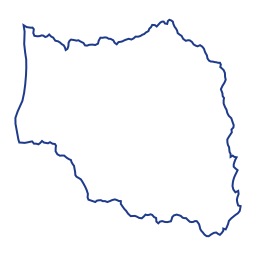 Bernardo Sayão, Tocantins, Brazil (Equal Earth projection)
{"feature_id": "56859067B43927919918993", "entity_name": "Bernardo Sayão", "entity_type": "district", "adm_level": 2, "iso_a3": "BRA", "parent_name": "Brazil", "parent_adm1": "Tocantins", "projection": "equal_earth", "projection_center": [-48.957, -7.99], "detail": "fine", "context": "isolated", "style": "outline", "palette": "blue", "viewbox_px": 256, "rotation_deg": 0, "n_neighbors": 0, "source": "geoboundaries", "source_scale": "gbopen_adm2", "svg_char_len": 3601}
<svg xmlns="http://www.w3.org/2000/svg" viewBox="0 0 256 256"><path d="M19.3,142.5L22.4,142.7L24.6,142.9L27.4,142.4L30.0,141.8L32.1,141.4L34.0,143.7L36.3,143.7L38.5,144.3L40.4,142.8L42.0,141.0L44.0,142.6L46.0,142.9L48.0,143.3L50.0,142.2L52.5,143.7L54.9,144.0L56.0,145.7L55.7,147.8L55.6,151.3L57.4,154.3L60.0,155.7L61.8,155.5L64.2,155.6L66.5,157.6L68.8,159.1L70.9,160.0L71.5,162.0L72.7,164.1L74.0,165.8L74.5,168.6L75.1,171.8L75.4,175.2L76.6,176.8L78.4,177.8L80.8,179.3L82.2,181.4L83.7,184.0L85.3,187.0L86.6,189.9L87.9,193.9L87.6,197.5L88.5,199.7L90.3,200.3L92.9,201.2L95.3,202.0L97.0,200.6L98.9,200.3L100.9,200.2L102.7,201.1L105.0,201.1L107.3,202.0L109.9,201.1L112.3,200.0L114.9,199.4L116.7,200.0L118.9,201.0L120.8,201.1L120.8,203.9L122.3,206.1L124.2,208.8L126.1,210.8L128.1,213.7L130.7,216.1L133.0,216.0L134.8,215.9L136.8,216.6L139.1,217.9L141.8,218.3L144.1,216.2L145.5,214.6L147.2,215.1L148.9,214.9L150.5,214.3L152.2,214.9L154.1,217.1L156.1,218.0L156.4,221.6L158.3,223.3L160.0,221.6L162.2,221.1L165.1,222.0L167.4,222.1L169.1,221.7L170.9,221.3L171.7,219.1L172.3,217.0L173.9,215.4L176.6,214.6L178.8,215.2L180.8,215.9L182.5,217.6L184.2,218.1L186.0,218.1L187.8,219.9L189.7,221.7L191.6,222.1L193.3,221.9L194.9,221.1L196.7,221.1L198.0,222.7L199.1,224.3L199.7,226.6L200.3,229.1L201.3,230.8L202.7,232.3L204.5,234.6L206.6,236.1L208.7,236.2L211.5,234.2L213.8,232.9L216.2,232.5L218.1,233.9L219.9,234.8L221.8,232.9L223.3,230.8L223.3,228.6L225.7,229.4L227.0,226.7L228.1,223.9L228.9,220.9L231.2,218.4L233.3,216.7L235.5,214.9L237.9,213.3L239.7,211.0L240.2,208.5L240.6,206.1L238.2,205.5L237.2,202.1L236.9,199.5L237.5,197.0L238.6,194.0L238.2,190.9L235.4,192.3L233.4,189.6L232.5,186.1L232.9,182.1L233.4,179.9L234.1,177.6L235.0,175.5L236.1,173.3L237.6,170.2L235.5,168.5L233.7,166.7L233.7,164.5L234.3,162.4L235.3,159.7L236.6,157.3L234.3,156.9L232.7,155.6L230.6,156.9L230.6,153.9L229.6,152.0L229.3,149.6L229.1,147.3L227.9,144.9L227.4,142.4L227.3,139.5L228.8,136.9L230.4,134.5L231.8,132.4L231.5,129.5L233.4,127.5L233.7,125.1L232.7,122.4L231.3,118.2L228.7,115.7L227.2,112.7L226.5,109.7L225.1,107.2L223.7,103.8L223.6,100.6L224.0,98.0L222.7,96.2L222.4,93.2L220.9,89.2L222.5,85.8L224.5,82.6L225.7,79.7L225.1,76.9L224.9,73.0L223.7,70.2L221.9,68.4L220.3,67.1L220.8,64.6L220.0,62.8L218.1,62.8L216.5,62.3L214.8,62.1L212.8,61.6L210.8,61.5L209.1,60.7L207.5,58.5L206.9,55.4L205.2,52.4L203.9,48.7L202.3,46.7L200.1,45.2L197.5,46.3L195.6,45.6L193.6,44.4L192.0,42.0L189.8,40.4L188.1,40.2L185.8,40.8L183.2,38.9L181.6,35.9L179.6,34.6L177.7,33.1L177.1,30.6L176.0,28.6L174.6,26.8L173.4,24.0L172.8,21.6L171.1,20.4L169.4,19.8L167.9,21.1L167.2,23.9L165.0,23.5L163.7,21.6L162.1,21.6L160.4,22.5L158.7,24.3L156.7,26.5L154.9,25.1L152.2,24.9L151.0,27.2L149.4,28.6L148.4,31.1L145.9,32.5L144.1,34.1L142.4,34.7L140.4,36.0L138.0,36.7L135.6,36.6L133.4,38.5L131.4,39.5L128.7,38.8L126.2,39.6L124.2,40.4L122.3,41.4L120.5,41.8L118.5,42.1L116.7,44.3L114.6,42.7L113.3,40.3L110.6,38.9L108.5,38.7L106.8,37.6L104.8,37.4L102.4,37.8L100.4,37.7L98.7,40.7L98.0,43.6L95.3,45.0L92.2,44.6L89.2,44.8L87.2,45.6L85.0,45.4L83.5,43.0L81.9,42.2L80.1,41.3L78.5,40.3L76.5,40.6L73.7,40.0L71.0,39.6L69.6,40.8L68.6,42.7L68.4,46.1L67.4,48.9L65.7,50.0L64.9,47.4L63.7,45.3L61.7,44.1L60.0,42.5L58.0,41.3L55.3,40.7L53.2,37.6L51.1,36.5L49.2,34.5L47.1,36.4L45.2,37.0L43.3,35.6L41.6,35.4L39.6,36.1L37.4,36.3L34.4,35.8L33.3,33.1L33.8,29.2L32.5,27.6L30.8,27.7L26.7,27.1L25.2,26.2L23.6,25.2L24.6,31.6L24.2,44.1L25.2,52.8L26.2,59.5L26.3,67.8L26.0,75.3L25.2,84.6L24.1,92.9L22.4,100.9L17.7,111.3L15.4,117.9L15.5,123.8L18.4,139.6L19.3,142.5Z" fill="none" stroke="#1e3a8a" stroke-width="2"/></svg>